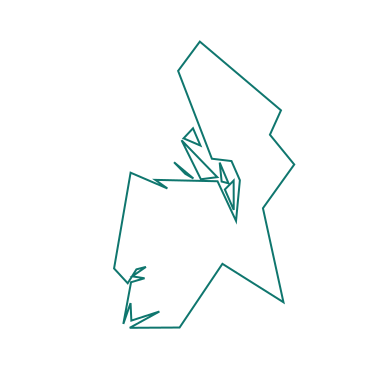 the border of Delta Amacuro, rotated 248°
{"feature_id": "VEN-65", "entity_name": "Delta Amacuro", "entity_type": "State", "adm_level": 1, "iso_a3": "VEN", "parent_name": "Venezuela", "parent_adm1": "", "projection": "orthographic", "projection_center": [-61.33, 8.902], "detail": "coarse", "context": "isolated", "style": "outline", "palette": "teal", "viewbox_px": 384, "rotation_deg": 248, "n_neighbors": 0, "source": "natural_earth", "source_scale": "10m", "svg_char_len": 759}
<svg xmlns="http://www.w3.org/2000/svg" viewBox="0 0 384 384"><g transform="rotate(248 192 192)"><path d="M309.5,224.5L328.5,255.6L234.4,305.1L215.9,285.7L179.2,297.1L150.4,251.7L55.5,235.5L114.0,193.3L71.0,129.7L89.4,83.4L93.4,117.0L95.5,87.6L112.0,93.4L95.4,78.9L131.2,101.7L129.8,115.7L136.2,105.0L139.8,121.2L141.1,111.5L131.5,98.2L150.3,91.1L232.9,142.3L204.5,170.5L217.0,162.5L192.4,219.7L148.7,222.0L185.0,240.8L205.9,240.2L215.4,222.9L309.5,224.5ZM200.5,205.0L243.9,201.7L196.3,221.0L200.5,205.0ZM190.6,223.4L208.9,228.7L186.4,229.1L190.6,223.4ZM211.3,192.6L226.3,186.5L204.0,198.4L211.3,192.6ZM159.8,224.0L182.0,223.4L187.0,234.9L159.8,224.0ZM231.9,217.2L244.9,204.3L250.7,216.8L231.9,217.2Z" fill="none" stroke="#0f766e" stroke-width="2"/></g></svg>